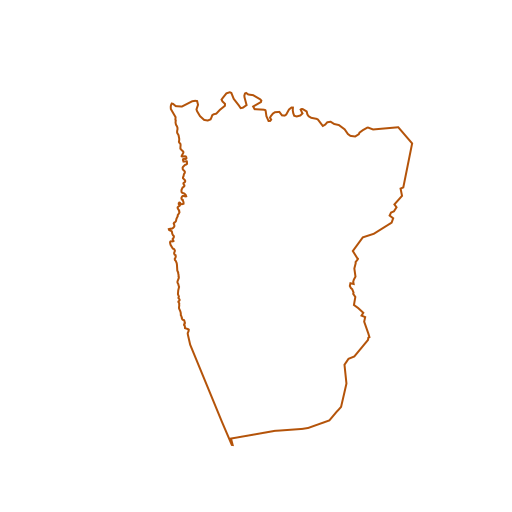 San Jacinto Tlacotepec, Oaxaca, Mexico (Mercator projection), rotated 207°
{"feature_id": "50627088B78980153949014", "entity_name": "San Jacinto Tlacotepec", "entity_type": "district", "adm_level": 2, "iso_a3": "MEX", "parent_name": "Mexico", "parent_adm1": "Oaxaca", "projection": "mercator", "projection_center": [-97.345, 16.506], "detail": "fine", "context": "isolated", "style": "outline", "palette": "amber", "viewbox_px": 512, "rotation_deg": 207, "n_neighbors": 0, "source": "geoboundaries", "source_scale": "gbopen_adm2", "svg_char_len": 4950}
<svg xmlns="http://www.w3.org/2000/svg" viewBox="0 0 512 512"><g transform="rotate(207 256 256)"><path d="M390.7,343.2L389.7,340.8L389.1,340.5L388.4,338.6L387.4,337.2L386.3,336.2L385.3,335.7L384.2,334.6L383.5,333.3L383.0,331.5L382.2,330.0L381.2,329.3L380.6,329.0L379.8,328.4L377.5,325.4L376.7,323.5L376.5,322.7L375.7,322.1L374.4,321.7L373.6,320.7L372.9,319.0L372.1,317.3L370.1,316.5L368.8,316.2L368.1,315.9L367.7,315.3L367.6,314.5L367.7,311.7L367.5,311.1L366.9,311.1L365.8,311.9L364.4,312.7L363.6,312.8L362.9,312.3L362.3,311.3L362.6,310.6L363.2,310.2L364.1,310.1L364.9,309.2L364.7,308.4L363.5,307.2L361.7,308.3L360.8,309.0L360.3,308.6L359.3,306.8L359.8,305.7L360.6,305.0L361.5,302.3L361.5,301.4L360.7,300.1L360.2,299.8L358.3,299.2L357.5,298.6L357.2,297.5L357.4,296.3L356.8,294.1L356.8,293.0L356.4,292.2L353.6,291.2L353.1,290.7L352.9,289.9L353.1,289.2L353.7,288.3L353.6,287.6L352.8,286.9L351.9,286.5L351.6,285.9L351.9,284.6L352.5,283.8L352.4,281.3L352.3,280.8L351.6,279.5L351.4,279.2L350.5,278.8L348.6,279.1L347.8,279.0L346.2,278.4L345.3,277.5L345.6,277.2L346.9,276.8L347.7,276.7L347.9,276.6L348.5,276.3L348.8,275.6L348.9,274.5L348.7,273.6L347.7,272.6L346.8,272.8L346.1,272.0L345.0,271.0L344.3,269.7L344.8,269.1L345.7,268.4L346.6,268.2L347.8,268.9L348.6,268.8L348.8,267.9L348.3,267.1L347.1,267.0L346.8,266.6L346.8,266.2L347.6,264.8L347.9,263.8L347.7,263.3L347.2,262.8L345.8,261.9L345.2,261.8L344.9,261.0L344.3,260.6L344.0,260.1L344.1,257.9L344.3,257.1L344.2,256.6L343.8,255.9L343.8,253.2L343.2,250.9L343.2,250.4L343.7,248.8L344.1,248.5L344.1,247.6L342.7,246.3L342.2,245.2L342.2,244.8L342.6,243.4L343.4,242.1L344.5,241.6L345.9,240.4L345.4,239.8L344.9,239.7L342.4,239.8L341.8,239.3L341.3,238.6L340.8,237.9L339.4,236.8L338.5,236.6L337.9,235.9L337.7,235.0L338.0,233.3L337.7,232.9L336.9,232.4L336.3,231.9L336.6,231.4L337.3,230.9L338.2,230.6L338.8,230.2L338.9,229.5L338.6,228.8L337.7,227.7L336.9,226.9L336.3,226.7L335.7,226.1L334.8,225.7L333.8,225.0L333.2,224.8L332.5,225.0L331.8,224.8L330.9,224.1L330.6,223.8L330.3,221.4L329.8,220.8L329.2,220.3L328.6,220.2L328.0,220.2L327.2,219.0L327.2,218.7L327.0,218.1L327.1,216.5L326.4,215.6L325.5,215.3L324.9,214.9L323.4,213.6L322.4,212.2L319.4,207.1L318.6,206.7L318.3,206.2L317.8,205.9L317.2,204.8L316.6,204.3L316.4,203.9L316.1,203.5L315.9,202.8L315.3,202.4L314.8,201.3L314.9,201.1L314.6,199.9L314.6,199.2L314.4,197.7L314.2,197.2L313.9,196.7L313.2,196.1L312.5,195.7L311.6,194.6L310.5,193.5L309.7,190.1L308.3,186.7L308.0,186.3L306.4,185.0L306.2,184.6L306.1,183.4L304.5,182.6L304.1,182.2L304.0,181.7L304.1,181.1L304.5,180.3L304.5,180.2L304.2,179.7L302.9,179.0L302.4,177.8L301.9,177.0L301.3,175.3L300.7,174.3L299.2,173.1L298.7,172.7L297.6,171.6L296.7,170.3L296.2,169.2L295.2,168.5L294.6,167.9L294.1,167.5L294.1,167.2L293.5,166.5L292.4,165.9L291.1,166.2L290.0,165.4L289.6,164.6L289.0,164.2L288.7,163.2L289.1,162.5L288.6,161.7L287.6,161.3L286.5,159.5L283.9,159.9L283.0,159.7L282.8,160.0L282.5,159.9L282.0,158.6L281.9,157.4L281.9,156.7L281.6,155.8L280.5,154.4L274.4,147.1L211.1,92.8L191.8,76.7L191.0,77.0L195.4,82.0L159.8,108.8L156.2,110.9L136.2,123.0L131.4,126.5L126.6,131.6L116.0,142.8L113.4,154.0L112.7,156.3L111.7,160.2L114.7,172.3L117.5,183.4L127.8,199.3L126.9,206.4L122.8,211.1L118.1,232.1L118.8,234.2L118.1,235.2L120.9,238.1L129.8,246.6L131.0,251.1L134.9,250.8L134.6,254.1L141.3,256.0L146.5,256.8L148.9,264.6L152.2,266.4L152.5,267.7L155.2,270.1L156.9,270.5L158.8,271.9L159.5,274.6L156.3,275.4L157.2,276.6L157.7,277.2L158.1,279.4L158.0,282.8L162.7,289.5L163.9,294.8L164.5,295.8L163.8,299.3L164.0,299.9L164.7,300.0L172.0,304.4L169.3,321.1L161.1,329.3L150.3,347.3L150.9,351.9L155.3,352.7L155.4,356.0L153.4,358.4L152.9,363.2L156.1,364.8L153.2,375.9L157.8,381.7L155.9,384.0L168.0,427.2L187.7,435.3L209.1,421.9L214.5,421.3L215.1,420.9L217.9,416.7L219.8,412.9L219.7,411.2L221.9,407.5L226.4,405.9L229.5,406.4L234.5,409.1L241.6,410.3L246.3,409.1L250.5,409.5L253.2,407.5L254.0,404.5L255.5,402.2L262.8,405.7L264.3,405.7L269.5,404.2L272.5,404.4L274.4,405.4L276.5,407.8L281.2,408.1L282.3,407.5L282.7,406.7L279.3,404.1L280.3,401.3L283.1,398.8L285.6,398.3L287.6,400.1L289.4,402.5L290.5,405.0L291.8,404.4L293.1,401.5L293.3,395.7L294.2,394.1L296.7,393.1L300.6,395.0L304.4,392.7L305.6,390.6L306.3,387.1L306.3,385.6L304.4,384.4L304.7,382.8L306.1,382.0L310.2,385.3L313.3,389.7L313.9,390.2L315.5,389.9L323.9,386.2L326.4,387.9L321.5,395.4L321.8,396.9L323.3,397.5L331.6,398.0L335.0,396.8L336.3,396.4L338.8,396.8L339.6,395.8L339.2,393.6L338.3,392.2L332.9,386.2L335.0,382.2L336.8,380.8L339.7,382.4L347.2,385.9L352.0,390.1L353.7,390.0L356.2,387.5L357.4,381.7L357.7,379.7L356.1,378.5L352.7,377.5L351.9,375.7L354.5,369.9L356.0,364.8L358.1,363.0L358.9,361.6L358.6,359.3L358.5,357.1L360.5,354.8L364.0,353.7L369.4,355.2L374.3,358.3L375.6,359.6L376.3,364.4L378.8,367.3L380.6,366.7L383.1,364.9L389.9,355.5L395.5,353.1L399.0,353.9L400.3,353.6L400.2,351.7L399.7,350.2L398.6,348.3L390.7,343.2Z" fill="none" stroke="#b45309" stroke-width="2"/></g></svg>